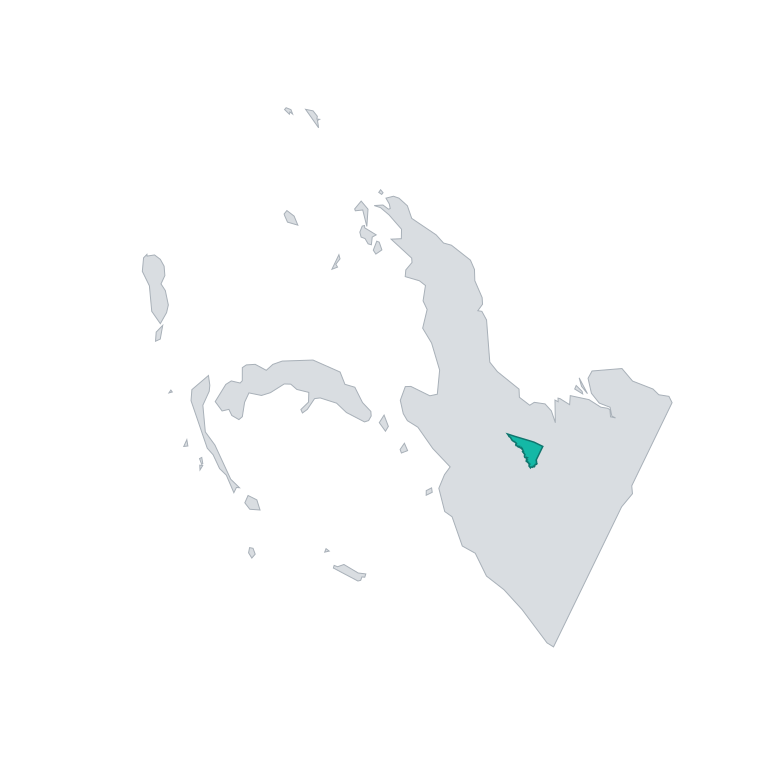 Kagua/Erave District, Southern Highlands, Papua New Guinea shown in context, rotated 206°
{"feature_id": "67681753B36334387735216", "entity_name": "Kagua/Erave District", "entity_type": "district", "adm_level": 2, "iso_a3": "PNG", "parent_name": "Papua New Guinea", "parent_adm1": "Southern Highlands", "projection": "natural_earth1", "projection_center": [144.087, -6.522], "detail": "fine", "context": "in_parent", "style": "filled", "palette": "teal", "viewbox_px": 768, "rotation_deg": 206, "n_neighbors": 0, "source": "geoboundaries", "source_scale": "gbopen_adm2", "svg_char_len": 7086}
<svg xmlns="http://www.w3.org/2000/svg" viewBox="0 0 768 768"><g transform="rotate(206 384 384)"><path d="M116.9,493.5L116.7,401.1L112.6,394.3L116.6,377.8L116.4,222.0L124.0,222.8L161.0,241.8L186.0,251.7L207.7,256.3L227.8,271.9L242.6,272.7L264.6,294.5L273.5,296.0L289.0,314.3L289.9,329.1L288.2,338.5L311.9,347.4L334.6,360.0L346.9,361.3L353.7,365.8L362.2,376.5L363.7,391.0L358.8,393.6L337.6,393.5L331.6,398.2L340.1,420.9L359.2,441.7L373.7,451.1L377.9,469.9L385.3,475.8L389.9,490.7L397.4,492.3L412.0,489.8L414.4,496.1L412.1,505.5L414.3,509.3L441.1,517.3L432.1,522.2L436.1,530.8L453.6,538.2L464.5,541.0L471.0,540.1L463.4,544.4L456.6,543.1L455.3,544.4L458.1,548.1L463.7,551.9L457.8,556.9L452.0,557.6L441.1,554.4L431.7,545.0L402.5,540.9L392.3,536.8L384.3,538.3L360.6,533.2L352.9,526.6L347.7,516.7L333.7,504.7L330.4,498.9L331.8,491.0L327.9,492.2L319.9,486.5L298.5,450.0L287.5,444.8L260.4,438.6L256.5,431.4L243.7,428.8L240.9,433.4L230.5,436.7L221.8,433.2L213.0,424.3L223.3,444.5L219.7,444.4L221.4,447.6L219.4,448.0L208.1,446.8L211.5,455.2L192.9,459.8L179.0,458.2L172.4,460.2L169.7,460.0L166.0,453.8L161.0,455.0L165.2,455.1L170.6,462.2L182.2,461.2L193.5,466.6L203.1,478.6L202.7,486.9L176.9,502.2L161.9,495.6L140.0,497.4L132.3,494.8L122.5,497.8L116.9,493.5ZM507.0,289.0L512.3,293.2L517.7,288.8L528.0,294.2L526.0,314.3L522.6,319.8L513.8,321.8L512.8,324.8L518.5,336.6L516.1,340.8L508.4,345.2L495.8,344.7L492.5,352.9L485.5,360.0L458.3,374.4L428.7,375.5L419.0,366.6L408.8,368.3L395.2,357.9L383.8,353.6L381.5,349.6L381.8,344.4L384.9,341.4L405.3,341.9L418.2,346.0L435.3,343.5L440.0,340.4L441.8,327.5L444.6,322.2L447.5,324.6L443.9,334.6L447.9,343.5L460.0,340.9L467.7,343.0L473.7,340.3L482.3,326.4L489.1,320.0L501.5,316.8L501.3,306.5L497.0,292.5L498.8,288.4L507.0,289.0ZM655.4,392.0L653.9,396.6L653.0,395.1L646.8,399.4L639.7,398.0L633.3,393.5L628.5,385.4L628.3,376.2L621.5,372.1L612.5,360.5L610.7,352.8L611.5,340.2L624.6,347.5L637.9,369.4L650.6,379.3L655.4,392.0ZM554.2,294.7L545.5,314.7L540.0,306.5L537.9,300.8L537.5,285.5L523.6,262.6L509.2,255.0L480.0,231.2L468.4,227.4L471.3,226.3L471.3,220.5L485.7,232.9L494.7,235.9L506.6,245.5L514.7,248.8L550.1,284.4L554.2,294.7ZM321.1,195.5L348.8,196.4L349.3,199.1L345.6,199.4L340.9,204.2L324.4,202.8L317.1,205.3L316.6,201.9L319.3,200.9L318.9,197.3L321.1,195.5ZM459.7,503.0L464.8,506.4L469.0,506.0L472.3,509.9L472.8,516.4L471.0,517.9L469.8,515.9L456.4,514.6L459.0,510.9L456.4,503.6L459.7,503.0ZM457.3,224.2L447.5,224.1L440.2,216.4L449.7,212.6L457.0,216.2L457.3,224.2ZM479.4,531.1L485.7,527.1L487.1,528.5L484.7,538.4L475.0,534.1L468.5,518.1L479.4,531.1ZM531.1,489.0L541.7,487.2L546.8,491.5L548.3,493.0L547.3,497.3L538.4,495.5L531.1,489.0ZM555.1,585.6L574.9,596.5L567.5,598.4L561.3,595.4L560.5,592.7L558.0,593.6L559.3,591.7L555.1,585.6ZM370.3,356.1L361.5,347.8L362.0,342.2L371.3,347.2L370.3,356.1ZM453.1,509.2L450.5,509.4L444.7,503.6L448.3,497.2L452.3,499.6L453.1,509.2ZM608.6,339.7L604.8,326.3L608.1,322.3L611.5,330.8L608.6,339.7ZM339.7,339.7L333.6,334.5L338.1,329.6L340.8,332.2L339.7,339.7ZM433.1,178.0L429.7,178.9L425.2,174.6L426.5,169.6L431.7,172.9L433.1,178.0ZM299.3,306.7L295.7,311.5L293.2,307.8L297.3,302.5L299.3,306.7ZM481.1,464.3L481.2,480.4L478.4,477.2L479.8,470.5L477.0,468.7L481.1,464.3ZM205.4,468.5L211.3,475.1L196.9,464.5L205.4,468.5ZM210.6,466.9L202.7,464.2L201.1,462.2L210.4,463.1L210.6,466.9ZM593.7,587.1L593.1,589.4L587.9,589.8L584.5,586.6L587.8,587.3L587.3,585.0L593.7,587.1ZM536.6,240.1L536.8,247.5L533.1,242.3L536.6,240.1ZM517.1,236.1L515.6,238.1L511.9,232.9L512.7,231.9L517.1,236.1ZM472.7,553.9L472.2,557.1L468.7,555.5L469.2,553.4L472.7,553.9ZM514.0,230.3L511.2,231.2L511.7,226.1L514.0,230.3ZM363.6,206.9L363.9,210.6L360.0,209.8L363.6,206.9ZM573.4,281.7L572.9,285.1L570.8,284.0L573.4,281.7Z" fill="#d9dde1" stroke="#a8b0b8" stroke-width="1"/><path d="M217.8,373.9L215.6,372.8L215.5,373.8L214.9,374.1L214.7,374.1L214.4,374.1L214.2,374.1L214.1,374.3L214.0,374.5L213.8,375.0L213.9,375.3L213.7,375.5L213.6,375.8L213.4,375.8L213.3,375.6L213.2,375.5L212.8,375.3L212.7,375.4L212.7,375.5L212.5,375.8L212.5,376.0L212.6,376.3L212.6,376.5L212.7,376.8L212.8,376.9L212.8,377.1L212.8,377.4L212.8,377.6L212.7,377.7L212.7,378.1L212.4,378.2L212.3,378.5L212.1,378.6L211.9,378.5L211.7,378.7L211.6,379.1L211.6,379.3L211.6,379.5L211.9,379.7L211.9,379.8L212.0,379.9L212.1,380.0L212.4,380.0L212.5,380.1L212.6,380.4L212.8,380.7L212.9,380.8L212.9,381.0L213.0,381.4L213.1,381.5L213.3,381.6L213.5,382.0L213.8,382.1L213.9,382.4L213.9,385.0L213.9,397.5L223.7,397.5L227.6,396.9L243.4,394.3L250.5,393.3L251.1,393.2L250.9,393.1L250.7,393.0L250.7,392.9L249.8,392.5L249.7,392.4L249.4,392.3L249.2,392.2L248.8,391.7L248.7,391.6L248.4,391.6L248.1,391.7L247.8,391.5L247.7,391.5L247.4,391.4L247.2,391.4L246.8,391.4L246.7,391.4L246.5,391.2L246.3,391.0L246.2,390.9L246.1,390.7L245.9,390.6L245.7,390.6L245.4,390.4L245.2,390.3L245.1,390.1L245.0,389.9L244.8,389.9L244.6,389.8L244.3,389.8L244.2,389.6L243.9,389.5L243.8,389.4L243.7,389.4L243.1,389.3L242.8,389.3L242.6,389.3L242.3,389.4L242.2,389.4L241.9,389.2L241.7,389.3L241.7,389.2L241.0,389.2L240.8,389.1L240.5,389.1L240.0,388.9L239.9,389.0L239.6,389.0L239.5,388.9L239.4,388.9L239.1,388.6L238.9,388.5L238.7,388.4L238.8,388.2L238.7,388.0L238.8,387.9L238.7,387.8L238.8,387.6L238.9,387.4L239.0,387.2L238.9,386.9L238.5,386.8L238.4,386.8L238.3,386.7L238.2,386.8L237.5,386.8L237.2,386.7L236.9,386.5L236.6,386.5L236.2,386.6L236.0,386.8L235.8,386.7L235.8,386.9L235.7,387.0L235.6,386.9L235.2,386.8L235.2,386.7L235.1,386.8L235.1,386.7L234.9,386.6L234.5,386.6L234.4,386.7L234.2,386.6L234.0,386.8L233.6,386.5L233.5,386.4L233.4,386.3L233.1,386.3L232.9,386.4L232.6,386.5L232.4,386.7L232.3,386.8L232.2,386.7L232.2,386.8L232.1,386.7L231.9,386.7L231.7,386.5L231.5,386.4L231.3,386.5L231.2,386.3L231.1,386.0L231.0,385.9L230.9,385.9L230.5,385.7L229.9,385.2L229.6,385.0L229.7,384.7L229.8,384.5L229.8,384.3L229.8,384.2L229.7,384.2L229.8,384.1L229.5,383.9L229.4,383.8L229.3,383.7L229.2,383.8L229.0,383.7L228.9,383.7L228.8,383.8L228.7,383.7L228.4,383.3L228.3,383.2L228.2,383.2L227.9,383.0L227.7,383.0L227.7,382.9L227.4,382.7L227.2,382.7L226.8,382.6L226.7,382.5L226.7,382.4L226.6,382.2L226.4,382.2L226.4,381.8L226.3,381.7L226.4,381.4L226.3,381.2L226.2,381.0L226.1,380.9L226.0,380.6L226.0,380.4L225.9,380.3L225.7,380.1L225.5,379.9L225.2,379.8L225.0,379.7L224.9,379.7L224.7,379.7L224.5,379.8L224.4,379.9L224.3,380.0L224.2,380.0L224.0,380.3L223.9,380.4L223.9,380.5L223.6,380.6L223.3,380.5L223.1,380.5L223.2,380.4L223.2,380.2L223.2,379.8L223.2,379.7L223.0,379.3L223.1,379.2L223.0,378.9L222.7,378.9L222.8,378.8L222.7,378.7L222.8,378.6L222.7,378.4L222.5,378.2L222.5,377.9L222.4,377.9L222.2,377.9L221.9,377.8L221.8,377.6L221.7,377.4L221.8,377.3L221.7,377.3L221.8,377.2L221.8,376.8L221.7,376.8L221.4,376.9L221.2,377.0L221.3,377.1L221.2,377.1L220.9,377.0L220.8,376.9L220.7,376.8L220.6,376.6L220.3,376.5L220.2,376.5L219.9,376.5L219.9,376.4L219.7,376.3L219.4,376.3L219.3,376.2L219.2,376.2L218.9,376.1L218.9,375.9L218.7,375.7L218.7,375.8L218.6,375.7L218.4,375.7L218.4,375.8L218.2,375.9L217.8,375.9L217.8,373.9Z" fill="#14b8a6" stroke="#0f766e" stroke-width="1.5"/></g></svg>